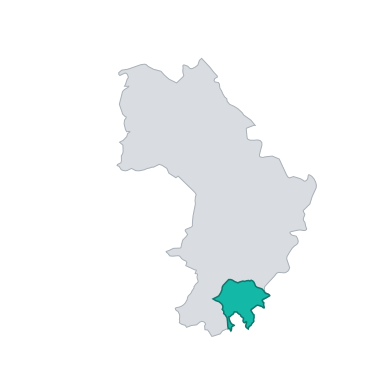 location of Beyla within Guinea, rotated 44°
{"feature_id": "GIN-5627", "entity_name": "Beyla", "entity_type": "Prefecture", "adm_level": 1, "iso_a3": "GIN", "parent_name": "Guinea", "parent_adm1": "", "projection": "orthographic", "projection_center": [-8.118, 8.717], "detail": "fine", "context": "in_parent", "style": "filled", "palette": "teal", "viewbox_px": 384, "rotation_deg": 44, "n_neighbors": 0, "source": "natural_earth", "source_scale": "10m", "svg_char_len": 5852}
<svg xmlns="http://www.w3.org/2000/svg" viewBox="0 0 384 384"><g transform="rotate(44 192 192)"><path d="M230.6,247.1L227.7,246.7L226.4,247.3L222.6,251.7L220.4,253.4L216.9,252.9L215.6,253.2L214.7,252.7L216.0,250.2L217.8,245.4L222.5,240.5L222.6,239.5L220.7,236.7L218.7,232.8L218.8,228.6L218.4,225.6L214.3,224.7L213.6,224.2L213.5,223.2L215.8,218.0L216.0,216.9L215.7,216.0L213.2,213.3L209.3,208.4L202.7,198.2L200.2,196.1L197.8,193.0L196.9,191.0L194.4,190.3L171.0,190.2L170.5,192.9L162.4,194.5L157.5,192.5L151.9,193.6L149.2,194.9L147.1,200.8L145.9,202.0L144.6,204.6L143.5,206.1L142.3,209.0L139.6,213.1L136.8,215.7L132.1,217.1L130.5,221.4L129.4,223.0L127.6,224.3L125.7,225.1L121.8,224.2L119.7,225.0L119.3,223.9L120.6,220.4L119.6,218.6L116.0,215.0L115.7,213.2L114.6,211.0L109.8,206.3L105.3,206.5L106.6,202.7L106.6,197.5L105.1,194.7L105.6,191.9L104.7,192.0L103.2,194.0L100.8,193.3L95.9,190.2L93.5,187.2L93.2,184.7L92.7,183.7L91.2,184.2L88.1,184.1L78.8,179.4L72.3,168.0L72.2,165.5L73.3,161.1L73.1,159.9L70.0,162.8L69.4,160.8L67.2,156.3L66.6,153.7L64.3,152.5L62.5,152.2L61.1,153.1L59.2,158.3L57.8,158.3L56.4,157.1L56.8,153.2L60.5,148.3L66.8,135.9L69.0,133.1L70.4,132.2L73.3,132.1L78.9,130.5L85.8,126.7L91.0,127.1L97.2,126.8L105.2,124.2L105.5,115.8L105.3,114.0L102.4,112.3L100.8,110.8L99.4,108.9L97.7,107.6L97.8,106.2L101.4,104.5L104.7,104.5L105.8,103.9L106.6,102.7L107.6,99.7L108.0,96.5L105.9,92.2L106.1,89.2L117.9,89.8L124.3,90.7L129.6,91.0L130.4,91.7L129.6,94.6L130.3,96.4L132.1,96.9L135.0,94.9L136.6,95.3L139.9,97.9L142.9,98.7L146.3,100.1L149.4,100.9L152.2,100.8L154.3,102.3L158.2,102.8L163.3,101.0L167.3,100.2L173.0,100.1L175.9,100.7L184.5,99.4L191.2,100.2L190.1,101.2L187.0,107.9L187.3,109.1L194.1,114.8L195.7,115.2L197.6,114.5L200.5,111.9L202.9,109.1L205.1,107.7L207.7,107.8L209.8,109.8L214.6,118.3L215.8,119.3L217.0,119.3L219.1,117.8L220.2,115.9L224.8,110.4L231.8,107.7L248.4,114.1L250.8,114.6L252.3,114.2L254.3,110.4L260.6,107.2L263.6,106.4L265.3,106.2L266.0,105.2L266.3,103.7L266.0,102.1L264.1,99.3L264.0,98.4L265.1,97.9L267.5,97.5L270.6,97.8L274.1,99.0L276.9,100.8L278.5,102.9L281.6,111.8L285.1,118.7L284.9,128.1L286.4,129.0L288.2,129.4L289.0,130.1L290.6,134.0L292.3,135.1L294.2,135.4L297.8,137.8L300.1,138.8L300.4,139.5L300.3,140.6L299.4,141.9L295.9,144.4L294.2,146.6L290.7,151.9L290.5,152.9L291.3,153.6L292.8,153.7L294.3,153.4L297.6,151.4L300.2,152.1L302.6,153.6L303.6,155.1L303.8,157.1L303.2,159.7L303.1,162.6L304.0,167.6L305.2,172.5L306.5,174.3L314.8,178.6L315.6,180.3L316.0,182.1L315.4,184.6L314.6,186.0L310.0,189.8L309.3,191.7L309.7,195.1L310.0,209.5L311.8,212.0L313.9,213.2L318.9,212.5L318.8,216.5L318.1,221.0L321.0,222.4L322.5,223.8L323.3,225.1L318.7,227.5L317.4,228.9L316.7,232.6L316.9,236.1L323.1,238.6L325.5,241.5L326.5,244.5L326.9,250.2L326.3,251.5L324.7,251.5L321.6,248.0L316.8,247.6L313.3,247.0L307.3,247.4L306.3,248.5L305.6,256.0L307.0,257.3L309.9,258.7L311.7,259.4L313.3,259.2L314.5,260.1L314.7,262.6L313.9,264.4L312.3,266.1L310.4,270.5L310.8,274.5L307.4,280.9L306.5,282.1L302.0,280.9L299.1,280.4L297.0,282.1L294.1,279.6L293.6,277.6L292.6,277.2L290.6,277.2L288.8,278.3L288.0,280.3L287.6,284.4L284.4,288.3L282.1,293.1L279.4,292.6L278.8,293.2L276.0,294.5L273.6,294.8L273.0,293.5L271.5,292.5L270.0,290.4L268.2,288.8L264.8,287.6L263.4,288.1L261.8,288.0L260.8,287.3L260.9,286.3L262.7,283.8L263.7,281.5L264.3,278.9L264.3,276.5L263.4,273.1L261.8,270.4L261.5,268.9L261.6,266.6L261.3,264.6L260.8,263.5L260.1,259.6L259.2,258.8L258.7,255.7L258.9,252.5L257.5,251.3L255.5,250.4L254.2,249.1L253.5,247.7L252.7,247.3L252.1,247.4L251.5,248.2L250.8,248.4L249.6,245.4L249.1,245.3L248.3,246.0L238.7,249.3L237.4,246.4L235.6,245.9L232.4,247.0L230.6,247.1Z" fill="#d9dde1" stroke="#a8b0b8" stroke-width="1"/><path d="M312.5,213.2L313.1,213.5L313.9,213.7L314.7,213.7L315.4,213.7L316.1,213.4L317.5,212.6L318.3,212.4L319.8,212.4L320.0,212.8L319.1,215.7L318.9,216.6L317.6,219.9L317.7,221.2L319.6,222.0L320.0,221.9L320.4,221.7L320.7,221.8L321.2,222.7L321.6,223.2L322.4,223.8L324.0,224.7L324.4,225.2L324.4,225.3L323.8,225.7L322.9,225.8L322.2,225.8L321.5,225.9L318.1,227.6L317.6,228.2L317.2,229.1L317.1,230.0L316.9,231.9L316.2,235.1L316.6,236.3L318.3,236.8L319.1,236.9L321.3,237.5L321.5,237.5L321.9,237.3L322.1,237.3L322.3,237.5L322.6,238.0L322.8,238.2L323.5,238.8L323.8,239.1L324.7,240.7L325.0,241.1L326.0,241.8L326.3,242.1L326.5,242.8L326.4,244.3L326.5,245.1L327.0,246.6L327.0,247.3L326.7,248.2L326.6,249.1L326.8,249.9L327.6,251.5L325.4,251.7L324.4,251.6L323.6,251.1L322.4,248.7L321.6,247.6L320.8,247.8L320.7,248.3L320.8,249.0L320.7,249.5L320.1,249.8L319.4,249.8L318.8,249.6L318.3,249.3L317.9,248.9L317.6,248.4L317.4,247.9L317.2,247.4L316.7,247.0L316.2,246.9L315.6,247.0L314.5,247.3L314.2,247.2L313.5,247.3L313.2,247.3L313.0,247.2L312.6,246.8L312.2,246.7L311.5,246.8L310.3,247.2L309.5,247.3L308.2,247.1L307.7,247.1L305.9,248.6L305.7,248.8L305.7,249.3L305.9,249.7L306.1,250.1L306.3,250.6L306.4,251.3L305.9,253.5L305.9,254.2L306.0,254.9L305.9,255.3L305.3,255.9L305.2,256.3L308.3,258.4L311.9,259.5L312.3,259.4L314.5,258.6L315.0,258.6L315.0,259.0L314.8,259.5L314.5,260.0L314.3,261.1L314.3,261.7L314.5,262.2L315.2,262.6L315.8,263.3L316.3,264.1L316.4,264.5L316.5,265.0L315.8,264.9L315.4,264.6L315.0,264.3L314.6,264.2L313.1,264.5L312.5,264.4L312.6,264.8L311.0,263.7L307.4,260.4L304.7,258.2L301.4,257.3L299.2,257.4L298.6,256.5L297.4,255.6L295.2,255.4L294.7,254.0L293.3,252.5L290.9,251.9L287.8,252.1L284.6,253.6L281.4,254.3L281.9,252.8L282.7,250.6L283.4,248.2L282.8,244.9L281.6,241.7L279.8,239.3L279.3,237.6L279.2,229.5L280.8,228.0L282.4,227.3L285.2,226.7L286.8,226.0L288.2,225.4L288.2,225.2L288.3,225.0L288.6,224.3L288.6,224.0L288.8,223.6L290.4,220.8L292.1,219.6L292.9,218.0L294.2,216.3L295.5,215.9L295.8,214.4L297.4,213.8L299.3,213.9L300.8,214.5L303.3,215.6L305.1,215.3L307.3,214.2L309.6,213.1L312.5,213.2Z" fill="#14b8a6" stroke="#0f766e" stroke-width="1.5"/></g></svg>